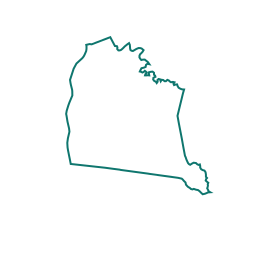 Porto da Folha, Sergipe, Brazil (orthographic projection), rotated 245°
{"feature_id": "56859067B74196291305545", "entity_name": "Porto da Folha", "entity_type": "district", "adm_level": 2, "iso_a3": "BRA", "parent_name": "Brazil", "parent_adm1": "Sergipe", "projection": "orthographic", "projection_center": [-37.424, -9.906], "detail": "fine", "context": "isolated", "style": "outline", "palette": "teal", "viewbox_px": 256, "rotation_deg": 245, "n_neighbors": 0, "source": "geoboundaries", "source_scale": "gbopen_adm2", "svg_char_len": 2429}
<svg xmlns="http://www.w3.org/2000/svg" viewBox="0 0 256 256"><g transform="rotate(245 128 128)"><path d="M191.4,94.5L186.2,93.5L184.8,93.0L181.0,91.3L175.8,85.6L173.6,83.4L169.5,79.7L166.9,77.9L165.6,77.6L163.4,77.0L160.6,76.2L159.1,75.8L152.5,74.4L149.5,73.4L148.4,72.6L144.1,69.2L140.2,66.7L135.9,65.0L133.1,64.2L126.5,62.6L124.4,62.1L119.6,60.9L102.6,88.9L101.7,90.4L97.4,97.1L93.8,102.8L93.0,103.8L86.0,114.7L78.3,126.7L77.0,128.6L61.7,152.3L59.4,155.3L58.0,155.9L56.7,156.2L54.3,157.1L52.2,156.6L49.5,157.4L47.5,158.7L46.1,159.3L45.1,160.5L45.0,161.9L43.4,163.5L42.2,165.2L40.4,166.2L38.6,166.8L36.4,167.7L35.9,169.9L35.8,171.5L35.8,173.3L35.0,175.4L36.6,174.3L38.3,174.4L39.9,174.3L40.9,175.3L42.2,176.2L43.4,176.5L44.4,177.6L46.1,176.8L47.5,176.2L48.7,177.2L49.3,178.5L50.8,178.0L53.0,179.0L55.2,179.6L57.1,179.3L58.3,177.9L59.7,176.9L61.6,176.7L63.1,177.4L64.6,177.7L64.7,176.4L65.9,175.4L67.5,174.8L68.8,172.8L68.7,170.9L68.4,168.8L69.5,168.0L70.8,167.6L72.1,167.6L74.0,167.6L75.5,167.7L77.0,167.9L78.8,167.9L87.0,170.0L95.7,172.3L110.5,176.0L118.1,178.0L126.5,184.7L136.1,192.4L139.2,195.1L140.2,193.3L141.4,192.1L143.1,190.9L144.8,190.7L146.8,190.9L147.3,189.5L147.4,187.9L148.9,187.9L149.8,189.4L150.8,188.2L151.3,186.3L152.6,185.5L153.8,185.1L155.0,184.0L154.4,182.1L155.0,180.9L156.5,180.3L157.5,178.9L156.5,177.4L158.6,177.6L159.5,176.4L159.1,175.1L157.4,174.4L156.6,173.0L158.2,172.8L159.5,171.7L161.3,171.3L162.8,172.3L162.8,174.5L164.0,174.7L165.3,174.1L167.1,174.9L168.7,174.1L169.3,172.4L169.7,170.2L167.9,169.8L166.7,169.5L167.5,168.1L167.9,166.9L168.5,165.7L169.5,166.6L170.0,168.1L171.4,168.1L172.7,167.4L172.2,166.1L172.2,164.5L173.4,163.6L174.2,162.6L175.3,163.9L176.5,165.5L176.0,167.8L175.9,169.8L177.6,171.0L178.0,172.7L176.8,174.3L179.3,173.9L182.9,172.1L183.7,170.3L184.0,168.8L185.5,168.4L187.1,168.2L188.6,168.9L189.7,170.1L190.1,171.4L190.9,173.4L192.0,175.0L194.2,174.0L195.1,173.1L196.0,171.4L196.1,169.1L195.9,167.0L195.7,165.0L196.6,163.8L197.7,163.2L199.1,163.5L200.7,164.1L202.6,164.8L204.5,164.8L204.2,163.1L203.8,161.5L203.3,159.5L202.6,157.7L202.1,156.2L201.7,154.7L201.8,153.4L202.4,152.1L204.1,151.6L205.6,152.5L206.9,152.5L207.8,150.8L217.8,150.3L219.2,130.4L220.3,128.7L221.0,125.3L219.5,124.9L217.2,123.8L215.4,122.6L213.0,119.9L212.2,118.9L211.5,117.9L210.6,116.1L208.2,108.5L204.7,103.8L196.1,95.8L193.4,95.0L191.4,94.5Z" fill="none" stroke="#0f766e" stroke-width="2"/></g></svg>